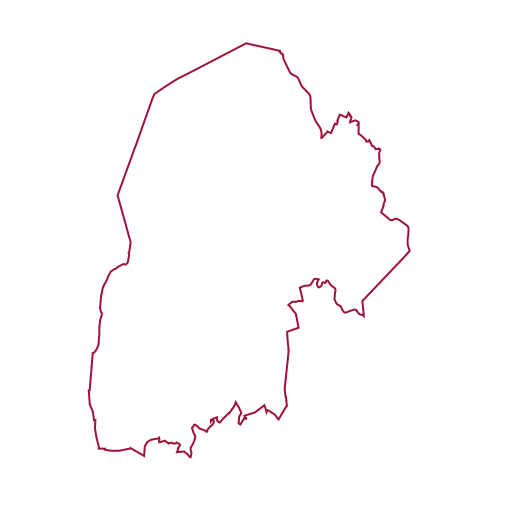 the district of Boxtel, Noord-Brabant, Netherlands, rotated 96°
{"feature_id": "6326949B40744758531983", "entity_name": "Boxtel", "entity_type": "district", "adm_level": 2, "iso_a3": "NLD", "parent_name": "Netherlands", "parent_adm1": "Noord-Brabant", "projection": "robinson", "projection_center": [5.329, 51.589], "detail": "fine", "context": "isolated", "style": "outline", "palette": "rose", "viewbox_px": 512, "rotation_deg": 96, "n_neighbors": 0, "source": "geoboundaries", "source_scale": "gbopen_adm2", "svg_char_len": 5942}
<svg xmlns="http://www.w3.org/2000/svg" viewBox="0 0 512 512"><g transform="rotate(96 256 256)"><path d="M464.0,392.3L463.4,386.2L464.4,386.1L464.8,381.3L464.7,378.3L464.0,371.8L460.5,360.6L460.2,360.6L466.5,346.4L457.0,346.7L453.0,345.1L450.9,342.9L450.4,342.2L449.4,340.1L447.6,334.0L446.9,333.4L448.6,332.9L449.0,332.9L450.0,333.1L451.4,332.8L449.2,327.2L450.5,325.4L451.7,323.1L451.0,322.6L451.0,322.4L450.6,320.2L450.6,319.8L450.8,319.6L451.0,319.1L451.1,317.2L450.8,316.3L449.9,315.4L450.3,315.1L450.6,313.3L451.0,312.4L451.7,312.0L452.2,311.8L455.5,313.6L456.1,313.2L459.3,314.0L459.1,313.4L459.1,313.2L459.0,312.5L458.0,307.3L458.1,306.9L460.5,303.2L462.4,301.4L462.7,300.9L463.0,300.4L463.0,300.1L462.6,299.9L458.3,299.6L455.6,300.8L453.6,300.9L452.5,300.5L450.3,299.4L448.2,298.7L446.1,298.1L443.7,297.6L442.9,297.6L440.9,297.7L439.9,298.8L438.5,299.6L433.7,301.7L433.2,301.5L432.6,300.9L432.1,300.6L430.4,300.0L430.2,299.8L430.1,299.5L430.2,298.7L431.8,296.1L433.3,294.4L433.5,293.9L434.0,291.9L434.5,289.7L434.9,288.6L436.0,287.0L436.0,286.5L435.7,286.1L434.0,286.2L433.2,285.8L432.5,285.1L430.4,283.7L429.3,282.6L428.3,281.8L427.2,281.0L425.9,280.6L425.2,280.6L424.5,280.8L424.2,281.2L424.0,281.8L423.9,282.5L424.0,282.9L424.3,283.2L425.0,283.3L425.3,283.5L424.4,283.6L423.7,283.4L423.5,283.5L420.5,278.1L424.0,277.3L425.5,274.9L425.4,274.6L423.7,273.4L421.7,272.2L420.8,271.4L418.4,269.3L415.3,266.8L415.5,266.7L414.8,265.9L414.6,266.0L412.0,264.3L410.4,263.7L410.4,263.4L407.0,261.7L405.9,261.3L403.6,260.9L407.8,257.6L410.4,256.0L413.7,254.2L417.3,255.9L423.7,255.8L424.3,255.8L425.2,254.0L424.4,253.5L419.4,251.2L419.6,251.1L418.7,249.4L418.9,248.9L418.3,248.8L418.0,249.9L416.1,250.8L411.6,240.6L403.6,232.1L405.8,230.9L410.3,229.2L408.2,228.6L408.1,228.3L408.1,228.0L411.8,220.7L416.2,216.5L402.4,210.2L402.3,209.7L401.3,209.9L401.1,209.7L396.8,210.8L396.7,210.6L393.4,211.4L393.6,211.6L390.7,212.4L386.2,213.4L384.2,213.7L381.3,213.6L376.1,213.6L365.7,213.6L347.4,213.6L345.0,214.1L344.9,213.9L340.3,215.0L334.6,216.1L328.1,217.1L322.9,206.2L309.4,210.3L306.7,213.0L304.2,215.3L302.2,217.5L301.6,218.3L301.4,218.7L301.1,218.5L299.2,216.6L298.2,215.7L297.9,215.3L297.5,214.5L297.5,213.2L297.4,212.6L297.5,212.4L297.6,212.1L297.3,211.1L296.5,209.6L296.2,208.3L296.1,204.9L295.2,204.9L289.9,206.6L283.2,209.1L283.1,208.9L282.9,209.0L282.2,207.9L280.7,204.7L280.3,203.3L279.9,200.5L279.4,199.4L278.8,198.8L277.9,198.2L273.6,196.2L272.9,195.7L272.5,195.1L272.4,194.4L272.7,191.1L274.6,192.1L276.6,192.5L277.5,192.4L279.2,191.9L280.3,191.0L280.6,190.4L280.6,190.0L279.8,188.7L278.9,187.8L276.3,187.4L275.7,187.2L275.2,186.7L275.1,186.4L275.6,184.9L275.4,184.4L274.8,183.7L273.4,183.6L273.1,183.5L272.9,183.1L273.0,182.2L273.6,181.4L276.1,179.6L277.4,178.1L278.1,177.1L279.5,174.6L280.3,173.8L281.1,173.5L282.1,173.3L285.5,173.6L288.8,173.5L290.4,173.5L291.4,173.1L294.4,171.3L295.1,170.7L295.8,169.7L296.7,167.3L297.2,166.5L301.4,163.9L302.3,163.0L302.5,162.7L302.8,162.0L302.9,161.3L302.8,160.6L302.1,159.0L301.3,157.8L299.1,152.9L298.9,152.4L298.9,151.8L299.1,151.1L299.5,150.5L299.7,150.3L299.8,150.4L302.8,147.4L303.1,146.8L303.3,146.2L303.4,144.5L303.5,143.9L303.7,143.4L304.4,142.6L302.0,142.8L301.9,143.0L289.6,145.5L243.0,109.6L234.9,103.7L228.9,106.3L227.9,106.5L224.5,106.9L219.4,106.8L213.7,107.0L212.8,107.2L211.1,107.8L210.3,108.4L209.9,109.0L205.3,117.2L204.4,119.5L204.3,120.3L204.7,121.9L205.9,123.9L206.2,124.6L206.2,125.4L206.0,126.4L205.7,127.0L199.5,136.1L192.4,134.3L192.0,134.6L191.5,134.6L187.1,133.5L184.7,134.2L182.0,135.2L182.1,135.4L180.1,135.9L179.8,136.6L179.7,136.3L179.3,136.7L177.9,139.7L176.8,140.4L176.1,141.3L174.8,143.2L174.6,143.9L174.3,147.6L173.9,148.1L173.2,148.0L170.0,148.2L170.0,148.4L164.0,148.1L158.9,146.3L155.4,145.3L154.0,144.8L151.5,143.2L149.7,142.8L146.7,143.4L146.0,143.4L145.9,143.6L140.6,144.3L137.1,143.5L136.4,145.0L136.6,145.0L137.2,148.3L136.5,148.6L135.3,149.8L134.5,150.5L134.6,151.8L134.4,152.1L128.9,155.3L129.6,155.7L129.4,155.8L129.9,156.2L130.3,156.9L130.7,158.3L129.0,159.0L128.7,159.3L124.6,164.8L124.0,166.7L114.9,167.6L115.0,168.7L113.0,167.7L112.3,167.8L111.8,168.5L111.4,169.3L110.7,171.2L110.9,171.8L113.2,176.5L111.5,176.3L108.9,175.7L107.8,175.6L107.5,176.0L105.5,177.5L106.0,177.6L105.3,178.0L104.0,179.0L108.8,180.6L106.6,187.3L109.6,188.3L112.5,189.2L113.3,189.2L113.8,188.9L113.8,188.7L116.7,189.5L116.1,191.4L125.8,194.2L125.2,196.9L124.9,197.6L124.7,197.9L125.2,198.1L131.7,202.9L131.7,203.4L128.1,203.5L127.0,203.7L124.6,204.3L123.6,204.7L121.6,205.8L116.0,210.5L113.0,212.3L105.0,216.4L103.9,216.8L102.4,217.0L93.3,218.3L91.8,218.6L90.2,219.4L89.3,220.1L88.2,221.3L84.0,226.5L82.7,227.9L81.3,229.0L75.5,232.2L74.3,233.2L73.6,234.0L73.2,234.8L71.8,238.7L71.5,239.5L70.9,240.4L69.9,241.4L57.6,249.0L56.2,249.6L55.5,249.8L54.2,250.0L53.2,250.0L53.0,250.6L52.7,250.7L52.4,250.7L52.1,250.9L52.0,251.4L52.1,251.9L51.8,252.6L51.0,253.0L50.9,253.5L50.6,253.8L50.4,253.9L50.1,253.4L49.4,253.7L49.4,254.7L48.5,262.0L48.4,262.4L46.7,278.1L45.5,288.0L84.1,346.4L87.0,351.2L90.1,355.3L96.7,363.6L105.6,374.1L107.5,374.5L108.8,375.1L159.9,387.4L159.8,387.5L210.2,400.0L238.4,388.8L251.3,383.8L253.3,382.8L255.3,382.1L265.5,382.5L266.0,383.0L268.5,382.3L275.4,382.8L275.8,382.9L278.1,384.4L277.8,385.9L278.3,387.9L279.8,389.9L280.6,391.3L281.1,392.0L283.2,394.0L284.3,396.1L286.5,398.6L286.9,398.9L291.7,400.9L295.1,401.7L300.7,404.1L304.3,405.1L307.3,405.4L309.1,405.3L310.2,405.8L310.9,405.9L311.8,405.8L314.1,405.9L317.3,405.7L320.0,405.8L321.8,405.5L322.6,405.8L323.7,405.7L325.0,405.4L327.3,404.6L328.4,403.9L328.7,403.4L329.3,403.2L330.2,403.2L335.6,404.2L342.6,404.4L351.5,403.5L352.6,403.6L356.9,403.5L360.5,403.3L364.2,404.3L367.4,405.8L369.3,407.2L369.4,408.2L406.9,407.4L407.2,408.3L421.4,405.7L421.6,405.4L427.9,402.0L436.3,399.9L435.9,398.6L444.4,398.1L453.5,395.6L462.1,392.4L464.0,392.3Z" fill="none" stroke="#9f1239" stroke-width="2"/></g></svg>